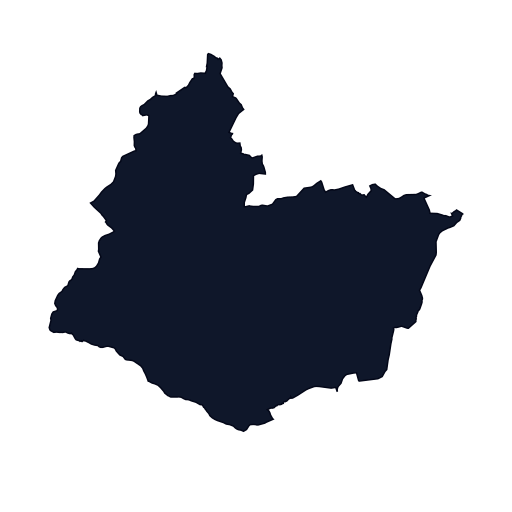 Socond, Satu Mare, Romania, rotated 114°
{"feature_id": "2599482B56035864405042", "entity_name": "Socond", "entity_type": "district", "adm_level": 2, "iso_a3": "ROU", "parent_name": "Romania", "parent_adm1": "Satu Mare", "projection": "mercator", "projection_center": [22.99, 47.536], "detail": "fine", "context": "isolated", "style": "filled", "palette": "ink", "viewbox_px": 512, "rotation_deg": 114, "n_neighbors": 0, "source": "geoboundaries", "source_scale": "gbopen_adm2", "svg_char_len": 6083}
<svg xmlns="http://www.w3.org/2000/svg" viewBox="0 0 512 512"><g transform="rotate(114 256 256)"><path d="M220.9,418.7L224.8,418.1L226.1,418.8L227.9,419.0L234.9,419.0L238.0,417.3L240.5,416.6L246.2,416.3L249.6,417.6L253.7,420.3L255.8,421.4L260.5,423.1L263.9,423.8L271.8,426.3L274.9,428.7L277.2,423.5L280.0,415.1L281.2,413.3L281.9,411.5L284.5,407.0L286.1,407.3L286.3,406.6L287.3,405.4L288.0,404.0L289.0,399.4L290.8,395.4L292.3,396.2L295.8,399.0L298.7,402.2L301.3,404.2L302.7,404.8L305.7,405.3L308.1,405.1L313.9,402.4L315.7,401.9L320.0,397.2L322.3,397.6L326.4,397.0L330.2,397.5L332.4,398.5L333.9,400.0L335.5,402.8L338.7,410.2L339.7,412.5L340.0,413.9L340.9,413.8L343.8,414.6L347.3,414.3L349.7,414.9L351.8,414.7L353.0,415.0L354.5,416.0L355.7,416.3L359.7,415.8L362.5,418.0L365.2,418.7L367.3,418.8L370.3,420.6L372.6,421.1L378.5,421.2L381.2,420.5L382.8,418.8L384.1,416.3L386.2,415.4L386.9,415.5L389.6,418.5L392.1,418.9L396.5,418.2L398.0,417.1L405.5,415.8L407.3,414.2L407.7,413.1L408.0,409.7L406.6,407.3L405.8,404.7L404.4,401.4L402.9,399.3L402.8,398.5L402.9,396.6L402.6,394.5L402.1,393.5L401.5,393.2L401.9,392.8L401.7,392.4L402.1,392.0L402.3,391.1L405.1,387.4L405.7,386.1L405.2,382.4L405.5,382.1L404.5,381.0L404.9,380.8L404.9,380.1L403.0,379.1L403.3,378.4L403.0,377.7L402.9,375.7L403.1,375.3L403.0,374.1L403.4,370.7L403.0,367.3L402.1,364.0L402.7,362.3L402.6,360.8L401.8,358.9L399.4,356.0L398.5,354.3L397.6,348.2L397.9,347.1L399.7,344.8L401.8,340.1L401.8,336.6L403.6,333.3L403.4,331.7L402.6,329.4L401.8,326.6L401.7,324.9L403.2,316.6L404.6,313.8L406.6,311.8L408.7,309.1L411.2,306.4L414.2,303.5L414.0,302.9L414.3,299.4L413.9,296.3L413.9,292.9L415.1,289.5L417.2,285.1L418.3,283.7L419.4,279.6L419.3,278.8L419.5,276.7L416.9,270.7L416.1,269.3L415.4,266.9L415.7,264.1L415.7,261.8L414.9,259.9L414.6,258.3L414.6,256.3L414.0,251.3L414.5,246.7L413.9,244.9L414.1,244.0L415.4,242.4L415.6,241.3L416.9,239.5L416.9,238.9L417.7,238.0L419.1,235.0L420.6,233.2L421.6,230.1L422.0,226.9L422.0,224.3L421.4,218.0L421.6,214.9L420.7,211.3L420.6,208.5L420.6,207.2L421.4,205.2L421.8,203.3L421.8,201.5L421.2,198.8L421.2,196.1L418.4,194.1L413.7,193.4L412.4,192.7L411.0,190.1L410.2,188.0L410.0,186.6L409.5,185.4L405.1,180.0L403.9,179.2L398.1,173.9L397.8,174.8L395.3,178.1L393.6,179.6L392.4,181.1L391.8,183.2L389.0,180.8L388.5,180.0L388.5,179.5L387.3,177.9L385.1,177.0L384.1,175.9L383.5,176.0L382.8,175.3L382.1,173.7L381.0,172.3L380.4,172.5L379.9,171.6L379.5,171.6L379.4,171.2L378.9,171.5L377.7,171.2L377.2,170.0L376.6,169.8L376.1,169.0L373.6,168.1L371.2,166.6L372.2,165.7L370.7,166.6L371.2,165.6L370.9,164.8L366.2,161.3L357.9,155.9L355.9,154.2L351.7,149.9L350.6,148.1L349.5,145.2L346.1,133.6L343.6,129.7L346.5,127.0L346.3,126.8L344.8,127.6L342.9,127.9L341.5,127.8L337.7,126.6L333.0,127.0L329.2,126.1L327.3,125.0L323.1,119.1L321.8,116.7L328.0,111.6L328.3,110.9L318.5,94.7L314.8,91.7L309.0,91.2L306.6,90.4L297.2,93.1L292.1,94.1L281.3,97.1L276.5,98.1L275.8,98.6L268.5,99.9L267.0,100.3L265.8,101.2L264.5,99.9L264.5,99.1L263.0,97.0L260.9,94.5L260.4,88.4L260.0,87.4L250.9,83.3L249.2,84.1L248.3,84.0L247.4,84.8L246.1,84.8L244.5,85.4L241.6,85.4L240.5,85.6L238.4,84.9L237.1,84.9L232.3,85.3L230.5,85.6L229.1,86.4L227.9,86.4L226.8,86.8L224.7,88.5L220.8,92.7L217.9,92.4L194.4,92.9L181.9,92.0L179.4,92.8L169.7,97.4L162.1,97.9L160.0,97.5L157.2,96.1L152.5,92.2L151.0,90.5L147.9,87.6L143.7,86.3L140.6,84.4L138.2,84.4L137.1,84.8L135.7,84.6L134.6,84.8L133.9,84.6L133.6,84.2L133.4,84.3L132.4,91.5L134.5,92.4L134.4,92.7L134.8,93.0L137.5,94.2L137.6,94.7L139.4,92.7L141.5,94.6L141.8,95.5L142.0,99.0L142.8,100.9L142.8,102.3L143.5,107.7L146.2,114.4L143.5,116.4L134.8,126.2L130.3,122.2L130.7,123.7L130.4,125.1L130.6,127.0L130.2,130.3L130.6,131.0L133.1,133.1L134.7,134.7L138.9,143.6L140.6,145.5L142.9,146.9L145.3,148.7L146.9,151.3L147.2,152.3L143.4,165.9L143.6,169.5L142.9,173.5L141.9,176.3L143.5,178.7L145.7,180.5L147.6,178.4L149.4,177.3L154.1,178.8L157.4,179.0L156.8,180.8L156.1,182.1L157.5,184.3L156.7,186.4L157.2,187.2L157.1,188.0L156.5,188.2L156.7,189.0L156.5,191.1L156.0,191.8L156.0,192.4L151.7,196.7L156.9,202.9L161.2,207.5L163.9,211.3L164.4,213.2L165.2,214.7L166.9,216.5L169.4,218.3L168.0,220.6L161.8,226.1L161.0,227.4L164.9,230.0L168.2,231.6L169.9,232.7L171.1,234.2L174.5,239.6L185.2,243.2L187.2,246.4L189.4,250.9L191.6,254.3L193.4,256.2L194.9,259.6L196.5,260.8L202.0,262.0L205.7,265.8L207.0,270.8L207.7,271.9L209.6,273.5L212.0,279.0L212.8,281.6L212.9,282.5L215.4,285.8L215.8,286.8L211.8,288.5L206.8,289.0L204.3,289.6L203.3,289.4L201.7,288.0L197.1,286.0L191.3,287.7L183.6,291.0L181.1,289.0L179.2,286.8L177.3,280.8L175.8,281.5L171.7,284.9L170.6,286.0L169.4,287.7L166.9,289.2L162.9,290.7L161.6,291.7L162.9,292.4L164.3,295.3L168.0,299.2L167.8,300.8L166.8,303.0L167.6,307.0L168.3,308.7L167.9,309.1L168.2,311.9L165.0,312.5L163.1,313.6L162.5,314.3L162.2,315.0L159.4,316.7L160.6,318.9L160.9,320.6L160.4,323.4L158.9,325.8L158.3,327.4L155.5,327.7L154.1,327.2L153.7,327.3L154.0,328.2L154.0,331.0L137.7,330.5L132.9,329.9L127.1,326.9L126.2,328.6L123.8,331.1L123.1,333.4L120.3,337.9L119.9,338.8L120.0,342.3L117.0,342.8L116.1,344.7L113.9,347.5L112.9,350.6L104.0,363.0L97.9,363.6L95.9,364.7L93.5,365.6L91.0,367.6L90.0,369.6L91.8,370.6L91.0,372.0L91.3,373.5L90.7,374.9L90.2,379.3L90.5,381.8L91.6,382.1L99.6,379.0L103.1,378.2L103.0,377.7L104.6,377.2L107.0,376.6L109.1,376.8L109.7,376.5L111.3,380.9L113.2,383.8L114.1,386.2L115.5,386.2L117.9,385.0L118.9,385.2L119.4,385.2L119.9,386.2L124.6,387.0L127.4,387.1L130.3,388.1L130.9,388.5L130.8,389.5L131.1,389.8L139.2,394.8L139.3,394.3L140.1,394.6L142.3,396.1L143.5,397.6L144.2,399.2L146.3,402.0L148.5,407.5L149.2,410.9L149.6,411.8L147.2,413.8L148.7,413.7L150.5,413.1L153.2,415.0L156.0,416.2L158.3,417.9L163.1,419.7L165.1,421.3L166.6,422.1L168.2,422.2L171.3,421.0L172.5,420.2L173.4,418.5L173.4,417.2L173.8,416.6L171.5,413.3L171.3,411.3L171.8,410.7L179.3,407.8L181.3,407.7L184.0,408.2L191.2,411.6L191.9,412.2L192.7,413.6L193.8,415.0L195.6,416.3L197.5,415.6L201.0,413.6L204.6,412.1L205.7,411.0L206.4,409.8L208.6,408.3L209.6,409.8L219.2,418.2L220.9,418.7Z" fill="#0f172a" stroke="#020617" stroke-width="1.5"/></g></svg>